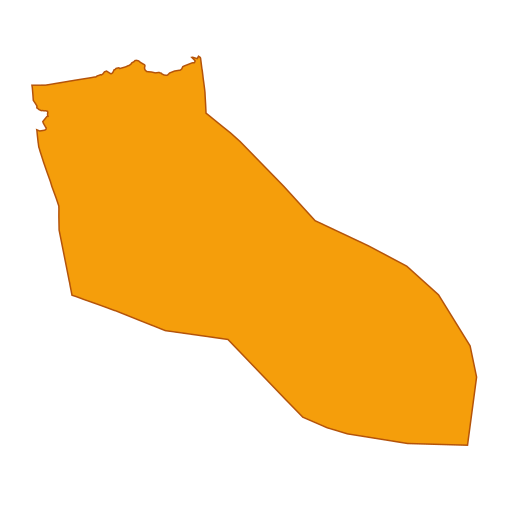 the district of Tlacotepec Plumas, Oaxaca, Mexico, rotated 176°
{"feature_id": "50627088B14217119498753", "entity_name": "Tlacotepec Plumas", "entity_type": "district", "adm_level": 2, "iso_a3": "MEX", "parent_name": "Mexico", "parent_adm1": "Oaxaca", "projection": "mercator", "projection_center": [-97.45, 17.871], "detail": "fine", "context": "isolated", "style": "filled", "palette": "amber", "viewbox_px": 512, "rotation_deg": 176, "n_neighbors": 0, "source": "geoboundaries", "source_scale": "gbopen_adm2", "svg_char_len": 2382}
<svg xmlns="http://www.w3.org/2000/svg" viewBox="0 0 512 512"><g transform="rotate(176 256 256)"><path d="M297.5,457.2L297.8,458.0L299.4,459.3L300.9,457.0L305.4,458.7L306.2,458.6L304.1,456.2L303.1,454.9L303.4,454.0L304.3,453.0L305.4,453.2L306.6,453.0L314.3,450.6L315.8,450.0L317.1,447.7L318.7,446.6L320.1,446.6L324.4,446.2L329.4,444.6L330.4,443.7L331.7,442.6L332.8,442.5L334.9,442.9L337.2,444.2L337.6,444.9L339.1,445.4L339.9,445.9L341.3,445.8L343.7,445.7L347.3,446.8L352.1,447.6L353.6,449.2L353.9,450.0L354.1,451.4L353.5,453.5L353.8,454.5L357.8,457.2L358.9,458.3L359.7,458.9L361.5,459.5L363.1,459.4L364.1,458.4L366.5,457.3L367.3,456.2L369.5,454.8L370.2,454.8L372.7,453.8L377.4,452.8L378.9,452.5L379.6,453.3L380.0,453.3L382.5,452.9L383.8,451.7L384.5,451.7L386.0,449.1L386.6,448.5L387.4,448.0L388.3,448.0L390.2,449.4L392.2,450.9L394.3,450.3L395.7,448.7L396.2,448.2L397.7,447.4L398.4,447.7L399.0,447.5L400.2,447.1L401.9,446.7L403.4,445.7L404.9,445.8L407.2,445.5L409.2,445.3L411.3,445.1L412.6,445.0L419.4,444.4L425.0,443.9L427.9,443.6L429.7,443.5L431.2,443.3L454.1,441.1L467.6,442.0L467.4,439.3L467.3,432.1L467.3,428.0L467.3,426.8L465.4,423.5L464.0,420.8L464.3,419.9L464.2,418.9L463.6,418.6L462.4,417.3L460.1,416.0L458.7,416.0L457.2,415.6L456.9,415.6L455.8,415.6L453.9,414.9L453.8,414.6L453.7,413.5L453.7,413.2L454.1,412.2L453.9,410.5L453.8,409.9L454.3,410.0L454.9,409.7L459.3,405.0L458.9,403.4L456.9,399.2L456.4,398.6L456.4,398.1L456.7,397.0L457.3,396.6L458.3,396.2L463.1,395.8L465.9,397.2L465.8,396.4L465.7,391.6L465.4,384.2L465.3,383.9L465.3,383.1L465.1,379.9L464.7,378.4L464.1,375.5L462.6,369.5L461.4,364.5L460.0,359.3L458.7,354.5L458.1,352.4L457.3,349.6L455.9,344.6L454.8,339.7L453.1,333.8L451.3,327.6L449.9,322.2L449.2,319.5L449.3,317.9L449.3,317.0L449.9,309.2L450.6,295.6L444.4,246.8L444.2,245.0L443.7,241.8L443.6,240.3L442.3,229.7L438.8,228.3L438.3,228.1L433.0,225.7L431.4,224.9L416.5,218.5L400.7,211.4L400.1,211.3L394.8,208.7L375.0,199.1L351.7,187.9L289.8,174.7L236.6,110.9L220.5,91.9L197.0,79.7L177.2,72.2L117.9,58.4L58.2,52.5L44.4,119.8L48.7,151.4L76.6,204.5L106.3,235.3L143.0,258.2L194.6,287.1L223.4,323.5L263.8,371.2L272.9,380.6L280.4,387.5L289.8,396.3L292.1,398.5L295.9,402.0L295.7,410.5L295.6,418.8L295.5,422.6L295.6,425.5L296.0,432.4L296.3,436.7L296.4,439.0L296.4,439.3L296.7,445.0L296.9,446.5L297.5,457.2Z" fill="#f59e0b" stroke="#b45309" stroke-width="1.5"/></g></svg>